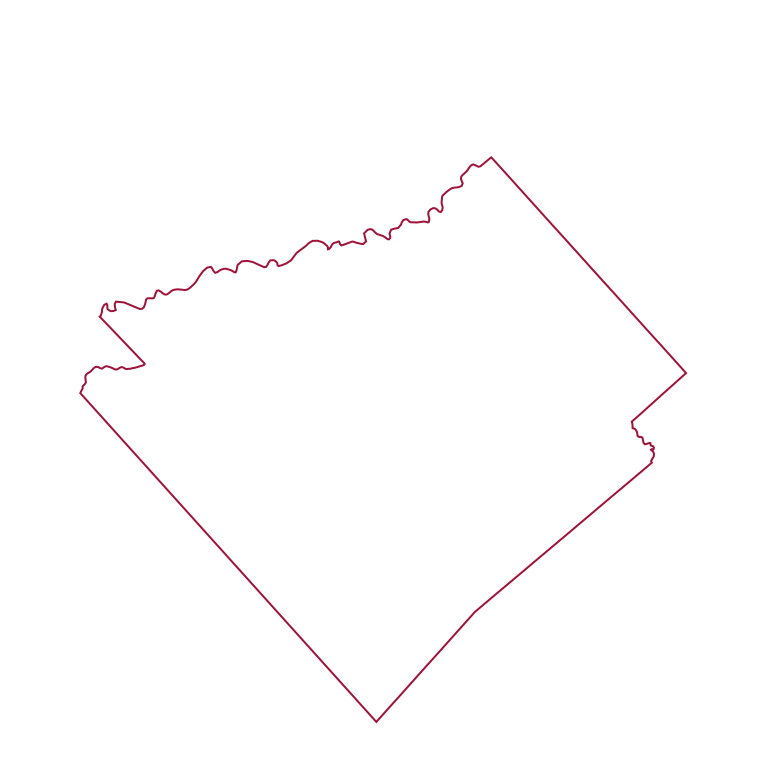 the border of Arkansas, rotated 228°
{"feature_id": "USA-3528", "entity_name": "Arkansas", "entity_type": "State", "adm_level": 1, "iso_a3": "USA", "parent_name": "United States of America", "parent_adm1": "", "projection": "equal_earth", "projection_center": [-91.2, 34.755], "detail": "fine", "context": "isolated", "style": "outline", "palette": "rose", "viewbox_px": 768, "rotation_deg": 228, "n_neighbors": 0, "source": "natural_earth", "source_scale": "10m", "svg_char_len": 4294}
<svg xmlns="http://www.w3.org/2000/svg" viewBox="0 0 768 768"><g transform="rotate(228 384 384)"><path d="M567.0,350.1L567.3,350.7L570.4,354.8L570.3,360.4L566.9,364.9L562.3,368.2L551.1,373.0L549.9,374.7L550.4,377.0L551.5,379.7L552.0,382.1L550.6,383.9L549.7,385.0L547.5,385.7L545.3,385.6L543.4,384.3L542.1,384.7L540.7,387.4L539.0,392.0L538.1,397.7L539.9,406.8L538.9,418.1L539.0,422.7L538.2,426.6L535.0,430.4L531.3,432.7L529.0,433.6L524.8,434.1L523.7,434.0L522.8,433.5L521.6,432.5L521.1,433.2L521.1,434.4L521.4,436.3L522.4,438.8L522.5,440.4L522.2,441.5L520.8,444.0L520.5,445.4L520.0,445.9L519.0,445.7L517.4,444.9L516.1,444.9L515.4,445.2L515.0,446.0L511.1,455.7L509.8,456.8L508.2,457.5L503.3,460.9L501.9,462.3L502.0,466.1L509.3,470.0L509.5,475.1L508.2,477.5L506.6,478.6L504.6,478.8L502.3,478.8L500.0,479.2L495.7,481.7L494.4,482.4L489.0,483.7L488.1,484.7L488.5,486.5L489.5,487.4L490.8,488.0L492.2,488.9L493.9,492.6L492.4,495.8L490.5,498.8L491.1,503.4L492.3,505.5L492.9,508.1L491.6,510.9L490.6,511.4L487.9,511.5L486.7,511.8L485.8,512.6L483.6,515.0L483.0,515.5L482.1,516.4L478.1,522.3L476.3,523.8L474.7,524.7L474.5,526.0L476.4,528.2L480.6,530.5L482.2,532.3L482.6,535.6L481.7,538.4L480.0,539.8L477.8,540.2L475.4,540.2L473.8,541.2L474.2,543.4L475.8,545.6L477.4,546.6L479.3,547.4L481.3,549.2L484.7,553.1L484.8,555.5L484.9,559.4L484.5,563.4L484.0,565.9L480.2,571.4L479.2,574.3L480.6,576.9L481.7,577.1L484.8,578.4L486.1,579.7L486.7,581.3L486.8,588.0L487.9,592.5L488.2,594.8L487.5,597.2L486.2,598.0L484.1,598.7L482.1,599.7L481.3,601.3L480.7,615.3L479.3,615.4L461.2,615.5L443.2,615.5L425.1,615.5L407.0,615.5L388.9,615.5L370.8,615.6L352.7,615.6L334.7,615.6L316.6,615.6L298.5,615.7L280.4,615.7L262.3,615.7L244.2,615.7L226.2,615.8L208.1,615.8L190.0,615.8L190.0,599.8L190.1,583.7L190.1,567.7L190.1,551.7L190.2,543.0L190.2,542.9L189.2,542.5L187.7,541.6L184.8,539.2L183.0,540.3L180.9,540.4L178.9,539.8L175.5,537.6L174.0,538.2L172.7,539.5L171.3,540.2L166.4,537.4L164.7,537.5L163.7,539.1L162.9,541.2L161.9,542.4L159.9,541.1L157.7,542.3L155.9,541.9L155.2,540.6L156.5,539.2L156.5,538.4L153.9,538.8L151.5,538.0L149.7,536.1L148.9,533.3L148.0,530.9L146.3,530.4L147.2,501.3L148.2,472.3L149.1,443.3L150.0,414.4L151.0,385.5L151.9,356.6L152.9,327.8L153.8,299.0L151.8,280.6L149.8,262.2L147.8,243.8L145.9,225.4L143.9,207.1L141.9,188.8L140.0,170.5L138.0,152.2L165.2,152.2L192.4,152.2L219.7,152.2L246.9,152.2L274.1,152.2L301.3,152.2L328.5,152.2L355.8,152.2L383.0,152.2L410.2,152.2L437.4,152.2L441.2,152.2L464.6,152.2L491.9,152.2L519.1,152.2L546.3,152.2L573.5,152.2L580.4,152.2L580.5,152.5L580.7,152.8L581.2,153.8L582.2,156.8L582.5,157.2L582.9,157.6L583.4,157.9L583.7,158.3L583.9,158.8L584.0,159.4L584.1,161.5L584.2,162.2L584.4,162.9L584.7,163.5L585.1,163.9L588.3,166.1L588.8,166.5L589.3,167.0L589.6,167.5L589.9,168.0L590.2,168.7L590.3,169.4L590.3,170.1L590.2,170.9L589.6,174.1L589.6,174.9L590.0,178.8L590.0,179.5L589.9,180.1L589.7,180.8L589.4,181.3L589.1,181.9L588.7,182.3L588.2,182.7L587.7,183.0L585.2,183.9L584.7,184.2L584.3,184.7L584.1,185.3L583.7,187.9L583.5,188.6L583.2,189.2L582.9,189.7L582.4,190.1L579.3,192.0L577.1,193.0L575.8,193.4L575.3,193.6L574.3,194.4L573.9,194.8L573.5,195.4L573.3,196.0L573.1,196.7L573.0,197.9L572.8,198.6L572.6,199.3L572.4,199.9L572.0,200.4L571.5,200.8L571.0,201.1L570.4,201.4L568.5,201.9L567.9,202.2L567.5,202.5L567.1,203.0L566.4,204.1L565.2,205.5L563.6,208.5L562.7,209.8L559.2,217.2L558.9,218.4L558.9,219.0L559.0,219.5L559.6,219.8L566.9,219.5L581.0,219.1L595.2,218.7L609.4,218.3L623.6,217.8L623.8,217.9L624.1,217.9L624.3,217.9L624.1,218.8L626.0,222.2L628.6,225.1L630.0,229.1L629.3,231.6L627.8,231.2L624.9,228.7L622.7,229.0L620.8,229.9L619.4,231.6L618.4,234.1L621.0,235.4L623.7,237.5L624.6,239.9L618.4,245.5L603.2,252.7L601.8,254.5L601.7,256.8L603.2,259.9L606.0,263.8L606.0,265.5L604.2,267.6L602.6,269.1L601.9,270.4L602.4,271.9L603.9,274.4L605.3,277.6L604.3,279.2L602.0,279.9L599.5,280.3L597.1,281.0L595.9,282.4L595.5,284.6L595.4,288.0L594.9,290.2L593.7,292.3L592.2,294.3L586.9,299.1L585.7,301.2L585.3,304.2L585.4,310.3L585.9,313.0L587.8,319.5L588.9,325.1L588.8,330.5L586.8,333.8L584.7,333.6L582.0,332.9L579.6,332.9L578.6,335.2L578.4,337.8L577.7,340.1L576.7,342.1L575.2,343.8L571.5,346.1L569.2,347.1L567.3,347.5L566.2,348.5L567.0,350.1Z" fill="none" stroke="#9f1239" stroke-width="2"/></g></svg>